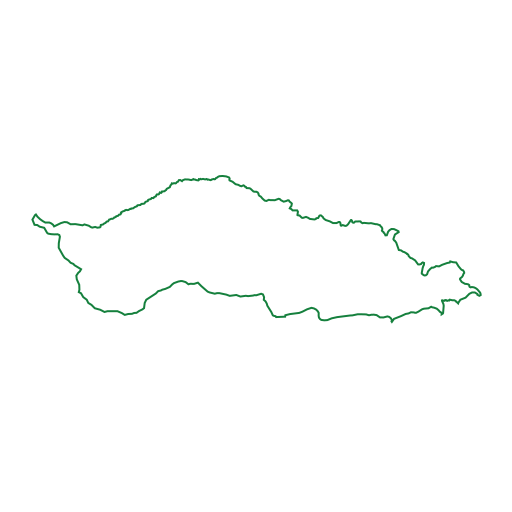 the district of Mjanyane, Quthing, Lesotho, rotated 154°
{"feature_id": "5366337B93918121901392", "entity_name": "Mjanyane", "entity_type": "district", "adm_level": 2, "iso_a3": "LSO", "parent_name": "Lesotho", "parent_adm1": "Quthing", "projection": "mercator", "projection_center": [27.716, -30.528], "detail": "fine", "context": "isolated", "style": "outline", "palette": "green", "viewbox_px": 512, "rotation_deg": 154, "n_neighbors": 0, "source": "geoboundaries", "source_scale": "gbopen_adm2", "svg_char_len": 6114}
<svg xmlns="http://www.w3.org/2000/svg" viewBox="0 0 512 512"><g transform="rotate(154 256 256)"><path d="M95.1,124.8L94.6,125.3L91.5,127.1L85.9,126.7L80.8,128.5L77.8,128.5L75.3,127.3L73.7,124.8L74.0,124.1L72.7,122.3L71.2,122.4L70.8,123.4L70.6,124.8L71.7,129.0L72.7,130.9L73.9,132.3L75.6,133.5L76.8,133.7L77.5,134.6L77.5,135.3L77.1,136.4L77.6,137.4L78.9,138.5L80.3,139.3L82.5,142.5L82.8,144.9L82.8,145.8L82.4,146.3L79.9,146.9L78.5,147.8L77.6,148.8L76.3,149.5L76.0,150.3L76.1,152.2L77.2,153.4L77.6,154.3L78.5,158.0L78.9,162.4L81.7,164.1L83.8,166.0L84.7,165.2L87.3,165.9L92.6,166.5L96.0,166.4L98.6,168.0L100.1,167.7L102.1,167.9L103.0,168.5L105.1,168.0L108.2,166.7L110.2,164.6L111.8,164.2L113.0,164.6L113.7,165.3L114.7,167.4L114.6,167.9L111.6,172.0L110.1,173.6L108.9,174.5L108.0,176.1L108.9,177.1L110.1,177.0L111.2,176.4L113.0,176.8L114.0,177.4L114.9,182.3L116.9,185.6L118.0,186.5L118.8,189.0L118.6,190.0L119.0,191.5L119.4,191.6L119.6,192.4L120.9,194.4L122.1,195.5L123.1,197.4L125.0,198.8L124.1,206.5L124.5,208.8L124.8,209.0L125.1,210.0L125.1,211.0L121.7,214.4L117.3,214.9L117.1,215.8L119.0,218.3L120.2,219.7L122.4,220.9L124.7,220.7L126.6,219.9L129.3,217.3L130.6,217.8L130.6,220.0L131.0,220.9L130.9,221.6L131.6,222.8L131.7,223.6L131.1,224.1L130.4,225.5L130.5,227.2L131.0,228.0L131.0,229.2L133.3,231.5L134.6,232.2L138.2,235.1L140.3,235.9L144.5,238.5L145.9,238.8L146.7,240.0L146.9,241.2L147.3,241.5L151.7,243.5L153.5,243.0L154.3,243.6L154.6,244.3L154.3,245.4L154.5,246.5L155.0,246.7L159.5,244.1L161.3,243.6L162.1,243.7L162.8,244.1L164.5,245.8L166.0,245.8L166.3,246.0L166.4,246.6L165.7,248.6L165.9,249.9L166.7,250.3L169.2,250.3L172.4,251.9L174.5,254.8L177.6,257.8L178.8,260.2L178.8,261.6L179.8,264.0L180.6,264.4L181.4,264.4L183.4,262.9L185.2,263.5L186.1,263.0L187.4,263.2L191.3,265.7L192.4,267.5L193.9,269.2L197.2,269.7L198.1,270.4L199.1,273.3L200.5,274.2L200.8,274.7L198.9,277.4L199.0,278.9L203.1,280.9L203.7,282.7L204.8,284.0L203.8,284.8L202.3,285.4L200.8,287.4L201.0,288.2L202.0,290.2L202.1,291.5L202.8,292.1L204.9,292.2L207.3,292.7L209.2,295.3L209.7,296.8L210.6,297.5L214.6,297.9L218.7,300.0L219.9,300.9L222.5,300.9L223.9,302.0L225.1,305.0L225.6,307.2L226.6,308.6L226.8,310.0L226.4,311.0L226.6,312.4L227.5,313.6L228.8,314.2L230.0,315.1L231.5,319.0L232.2,319.8L234.7,321.2L234.8,322.5L235.6,323.2L235.7,324.2L236.3,325.0L238.6,325.1L239.8,326.3L240.6,327.6L242.9,329.5L244.5,333.0L246.6,335.5L246.6,336.1L245.7,337.3L245.8,338.4L247.9,340.6L251.0,342.6L254.0,343.8L255.6,343.8L256.7,343.5L257.8,343.6L259.0,343.0L259.8,343.2L260.3,343.8L262.4,344.2L262.7,344.0L263.6,344.1L265.5,345.8L266.2,345.9L266.4,346.6L266.7,346.9L268.1,347.1L269.8,348.5L271.7,349.0L272.2,349.7L273.0,349.6L273.6,350.1L274.2,349.3L274.7,349.2L276.5,350.5L277.4,351.6L278.3,351.9L278.6,352.6L280.6,352.5L281.9,353.3L282.9,354.2L286.3,356.0L288.5,356.2L289.7,355.7L290.8,357.5L292.1,358.0L293.5,357.0L294.7,357.1L296.0,356.5L296.7,356.6L297.7,357.4L299.0,357.5L299.8,358.2L300.5,357.5L302.0,356.9L303.3,355.6L306.8,355.5L307.9,354.7L308.7,354.7L309.8,354.3L312.4,355.2L312.9,354.5L313.7,354.3L314.6,355.3L316.2,354.1L317.1,354.2L317.9,354.8L319.1,354.3L319.8,353.5L321.7,353.6L322.8,353.0L324.3,353.9L325.4,353.3L328.0,353.7L328.5,353.6L329.2,352.8L331.6,353.1L333.3,352.1L335.0,352.5L335.5,352.9L336.4,353.0L337.5,352.5L340.2,353.5L340.7,353.4L341.2,352.9L343.5,353.1L345.6,352.7L347.3,353.4L347.9,353.1L348.5,353.5L350.5,353.3L351.7,353.7L352.5,354.4L353.7,354.5L354.1,354.2L356.5,354.5L358.2,354.3L358.2,353.7L359.6,352.8L361.0,353.2L362.4,352.6L364.2,353.0L365.1,352.5L366.5,352.8L367.2,352.4L368.6,352.3L369.7,352.9L371.2,352.9L372.0,353.1L373.8,352.0L375.2,352.4L376.8,351.7L378.2,351.8L379.6,351.4L381.9,351.9L383.0,350.4L383.8,350.2L386.2,351.0L387.8,352.6L390.7,353.3L391.7,354.3L393.0,356.5L396.4,359.6L398.4,359.6L404.3,363.8L408.7,365.8L411.0,369.1L413.3,370.5L416.9,371.1L424.5,371.1L424.7,373.0L425.7,375.0L427.1,376.7L430.7,378.4L432.4,380.9L433.9,383.7L435.2,387.1L435.6,389.8L436.7,389.6L441.0,386.7L441.4,381.1L439.0,379.7L437.6,377.2L434.0,374.2L433.6,368.4L433.0,367.2L430.5,365.4L427.7,363.8L424.8,362.5L423.6,361.1L423.8,359.3L427.6,354.0L429.7,349.9L429.2,341.0L428.8,338.2L426.5,334.2L425.6,331.2L423.6,328.9L423.2,327.3L419.0,320.8L421.0,319.4L423.2,318.8L426.1,317.1L427.3,313.6L427.5,307.6L429.5,303.1L431.1,301.2L429.6,299.2L429.3,294.8L427.3,290.9L427.3,287.3L425.3,284.2L423.8,279.7L419.6,276.0L416.7,272.1L413.7,271.5L404.7,267.1L401.6,263.5L399.8,260.6L396.3,259.9L392.8,258.4L390.4,258.2L388.3,257.3L385.3,257.8L381.6,257.8L379.5,258.2L376.6,262.6L373.8,264.8L362.5,266.2L359.3,267.3L356.6,266.7L355.0,266.8L352.0,266.2L347.0,266.0L343.7,267.2L341.6,267.6L337.0,267.1L334.4,266.4L333.2,265.7L330.7,263.4L329.1,260.2L327.4,259.9L323.9,258.1L319.9,257.5L318.3,252.8L315.1,245.2L313.7,243.6L309.6,240.2L307.3,239.7L305.1,238.6L299.6,234.3L297.1,231.7L290.8,229.6L287.8,226.4L282.6,224.7L280.7,223.4L275.9,221.7L274.6,221.5L273.0,220.6L267.9,219.8L266.6,218.4L266.8,215.4L268.2,213.2L267.3,211.0L267.2,208.4L267.6,206.4L266.8,198.9L266.9,195.3L266.1,194.3L264.8,193.3L264.7,192.3L256.4,188.7L255.6,189.9L250.9,188.9L242.1,185.9L238.6,185.6L233.5,185.7L228.9,185.1L226.9,183.5L225.4,181.4L224.7,179.2L224.6,177.4L225.9,174.8L226.4,173.0L226.1,171.3L225.3,169.9L222.7,168.2L219.9,167.1L215.3,166.8L209.9,165.5L197.3,161.2L195.5,160.4L190.3,159.1L185.4,156.7L182.6,155.2L180.4,153.2L178.0,152.6L175.8,151.6L173.5,150.0L171.5,146.5L168.4,144.9L164.4,144.1L163.0,142.9L162.1,141.0L161.9,138.8L162.9,137.8L162.8,137.2L159.5,139.0L152.0,138.4L146.9,138.3L144.0,137.5L141.4,137.5L138.7,136.0L138.4,135.6L137.1,134.8L134.4,134.8L129.9,135.3L128.1,135.0L123.9,133.4L120.8,133.6L120.2,132.7L118.7,131.6L116.6,129.4L115.6,127.0L115.2,125.2L114.7,124.7L114.4,124.0L114.3,122.9L114.7,122.2L113.2,122.4L112.8,122.8L109.1,129.0L108.6,130.7L108.5,134.1L108.3,134.6L108.1,134.6L106.5,133.2L106.0,133.1L105.4,133.5L104.9,133.3L104.5,133.1L104.3,132.3L103.4,131.7L102.6,131.9L101.8,131.3L101.0,131.8L99.0,130.2L97.2,129.3L96.2,128.0L96.2,127.3L95.5,126.2L95.5,125.9L95.1,124.8Z" fill="none" stroke="#15803d" stroke-width="2"/></g></svg>